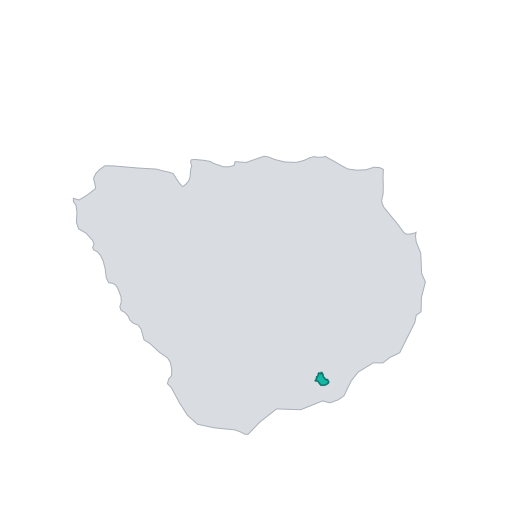 Canelones, Canelones, Uruguay (highlighted), rotated 321°
{"feature_id": "84410073B2081197170213", "entity_name": "Canelones", "entity_type": "district", "adm_level": 2, "iso_a3": "URY", "parent_name": "Uruguay", "parent_adm1": "Canelones", "projection": "mercator", "projection_center": [-56.237, -34.531], "detail": "fine", "context": "in_parent", "style": "filled", "palette": "teal", "viewbox_px": 512, "rotation_deg": 321, "n_neighbors": 0, "source": "geoboundaries", "source_scale": "gbopen_adm2", "svg_char_len": 3934}
<svg xmlns="http://www.w3.org/2000/svg" viewBox="0 0 512 512"><g transform="rotate(321 256 256)"><path d="M395.3,338.3L392.5,340.9L389.4,345.8L385.8,357.5L373.8,373.7L371.3,382.8L358.4,392.4L349.2,403.2L343.2,402.9L337.8,407.5L306.8,421.6L295.7,419.0L287.4,419.0L279.8,412.8L262.3,410.5L251.3,413.0L236.6,419.9L232.2,419.8L229.0,419.4L221.0,416.6L216.6,410.5L194.0,403.6L175.8,387.8L154.2,387.5L137.7,389.6L135.2,387.5L133.5,383.5L130.1,377.7L115.9,363.8L104.7,350.1L102.5,336.7L104.1,322.1L107.4,304.9L106.8,299.5L111.0,296.5L115.0,295.9L119.0,291.4L122.5,284.7L123.1,279.6L120.4,270.3L118.5,257.2L116.2,250.7L120.7,240.4L120.9,235.4L118.3,231.1L117.6,226.6L118.8,222.0L118.6,217.5L116.9,213.3L118.2,209.8L122.3,207.0L125.4,202.8L127.4,197.0L128.5,192.7L128.5,189.6L127.3,186.8L124.7,184.1L125.9,178.8L130.8,170.9L134.0,163.9L135.5,157.7L135.4,152.8L133.7,149.0L134.4,146.5L137.4,145.1L138.8,141.2L138.3,131.3L135.2,123.2L137.6,116.8L144.4,109.3L148.0,103.4L148.3,98.8L150.4,96.2L153.7,101.1L163.4,102.4L173.2,102.6L174.8,101.3L178.7,93.3L183.7,91.0L189.2,90.4L195.3,90.8L201.7,96.1L219.9,113.6L233.2,125.7L237.3,131.4L240.8,135.7L243.5,139.7L242.3,150.2L242.5,154.7L243.1,156.0L246.2,156.1L250.7,155.4L254.5,153.2L257.5,149.8L260.4,147.1L262.7,145.6L263.6,143.4L264.9,141.1L266.3,140.6L269.0,142.3L275.2,148.3L280.0,153.8L281.2,157.0L283.1,160.3L285.1,163.1L286.5,165.9L291.1,169.6L295.9,171.9L299.1,169.5L307.2,177.1L325.0,183.5L328.3,187.3L331.3,192.8L337.6,201.1L346.2,208.6L353.1,211.8L359.8,213.6L363.5,215.2L366.1,218.1L370.1,221.2L372.7,222.3L373.6,225.1L376.2,231.2L379.0,238.8L382.0,246.0L388.4,252.8L395.8,258.2L403.4,261.2L407.6,265.0L409.5,268.8L404.4,274.6L398.8,281.9L393.9,287.7L388.8,291.7L387.1,294.5L386.0,298.7L386.1,321.5L385.7,330.0L386.0,332.3L386.7,333.8L389.9,336.1L393.7,338.0L395.3,338.3Z" fill="#d9dde1" stroke="#a8b0b8" stroke-width="1"/><path d="M227.4,399.3L228.1,399.5L228.4,399.7L229.0,399.9L229.5,400.0L230.0,400.2L230.4,400.2L230.6,400.1L230.8,400.1L231.1,400.0L231.2,400.3L231.6,400.3L231.9,400.2L232.0,400.2L232.2,400.3L232.3,400.3L232.4,400.2L232.4,399.9L232.5,399.9L232.9,399.8L233.3,399.7L233.5,399.1L233.5,398.3L233.5,398.1L233.6,397.8L233.8,397.5L233.9,397.3L233.9,397.1L233.6,396.8L233.5,396.7L233.4,396.7L233.2,396.6L233.1,396.8L232.9,396.7L232.7,396.7L232.5,396.4L232.6,396.1L232.7,395.8L232.7,395.6L232.6,395.4L232.3,395.3L232.2,395.2L232.4,394.9L232.5,394.7L232.6,394.3L232.5,394.1L232.5,393.9L232.4,393.6L232.3,393.4L232.3,393.2L232.5,392.9L232.5,392.6L232.4,392.4L232.5,392.1L232.6,391.7L232.8,391.3L233.3,390.8L233.4,390.7L233.3,390.4L233.4,390.2L233.4,389.9L233.4,389.5L233.5,389.4L233.8,389.1L233.8,388.9L233.8,388.7L233.8,388.4L233.8,387.9L233.7,387.8L233.6,388.0L233.4,388.1L233.4,388.3L233.1,388.5L232.9,388.6L232.8,388.4L232.8,388.2L232.7,388.3L232.4,388.3L232.2,388.2L231.9,388.0L231.9,387.9L232.0,387.8L232.1,387.7L231.9,387.6L231.9,387.4L231.7,387.3L231.4,387.2L231.4,386.9L231.4,386.7L231.1,386.4L230.9,386.4L230.6,386.5L230.4,386.7L230.2,386.9L230.0,387.1L229.7,387.3L229.6,387.5L229.3,387.6L229.0,387.9L228.8,388.1L228.7,388.1L228.4,388.1L228.2,388.2L228.0,388.3L227.9,388.3L227.8,388.2L227.7,388.2L227.4,388.3L227.3,388.2L227.2,388.1L226.9,388.2L226.8,388.3L226.9,388.5L226.9,388.8L226.7,389.0L226.3,388.9L226.2,388.8L226.0,389.0L225.9,389.1L225.7,389.3L225.3,389.6L225.2,389.6L225.0,389.8L225.0,390.0L224.8,390.0L224.7,390.0L224.4,390.0L224.2,390.2L224.1,390.3L223.9,390.2L223.7,390.1L223.6,390.4L223.9,390.5L224.0,390.8L224.2,391.1L224.6,391.4L224.8,391.7L225.2,392.1L225.3,392.2L225.3,392.5L225.2,393.0L225.2,393.6L225.2,393.8L225.2,394.0L225.1,394.3L225.1,394.7L225.2,395.1L225.3,395.2L225.3,395.4L225.2,395.6L225.0,395.9L225.2,396.2L225.3,396.3L225.3,396.8L225.2,396.9L225.1,397.0L225.2,397.4L225.5,397.7L225.7,397.8L225.9,397.8L226.2,398.0L226.5,398.4L226.8,398.6L227.1,398.8L227.3,399.1L227.4,399.3Z" fill="#14b8a6" stroke="#0f766e" stroke-width="1.5"/></g></svg>